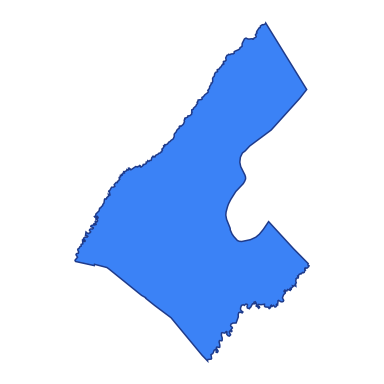 outline of San Roque, Corrientes, Argentina
{"feature_id": "61730980B67401199188792", "entity_name": "San Roque", "entity_type": "district", "adm_level": 2, "iso_a3": "ARG", "parent_name": "Argentina", "parent_adm1": "Corrientes", "projection": "equal_earth", "projection_center": [-58.642, -28.676], "detail": "fine", "context": "isolated", "style": "filled", "palette": "blue", "viewbox_px": 384, "rotation_deg": 0, "n_neighbors": 0, "source": "geoboundaries", "source_scale": "gbopen_adm2", "svg_char_len": 5978}
<svg xmlns="http://www.w3.org/2000/svg" viewBox="0 0 384 384"><path d="M265.7,23.0L265.4,23.9L263.6,24.7L262.3,24.7L260.4,26.0L260.2,27.6L259.2,27.8L257.1,30.9L256.5,32.2L256.9,32.6L256.8,33.3L255.6,34.4L255.4,34.9L256.2,36.4L255.9,37.2L253.9,38.2L253.5,39.1L252.7,39.2L252.5,38.8L251.4,38.8L248.8,39.1L247.1,38.7L246.5,38.2L245.6,38.2L244.4,39.0L242.2,43.4L242.0,46.5L240.0,47.6L239.9,48.6L238.7,49.6L234.8,51.3L234.1,51.9L234.2,53.2L233.3,53.8L231.0,54.0L230.0,54.7L228.6,54.3L227.7,55.2L226.9,55.4L225.7,57.9L226.1,59.9L225.9,60.5L224.7,61.4L224.0,61.2L223.3,61.9L223.8,63.9L222.9,64.0L222.9,64.6L222.1,64.9L221.0,66.9L220.3,67.2L219.0,69.1L217.4,69.6L217.1,70.0L217.6,71.1L217.5,71.7L215.5,72.4L214.7,73.8L214.2,76.4L213.2,77.2L212.6,78.4L212.7,81.6L211.8,83.2L211.2,83.1L211.1,84.3L209.6,86.6L209.5,88.3L207.8,90.4L208.2,90.9L208.0,92.4L204.8,94.8L203.3,96.8L202.2,97.2L201.9,97.7L202.2,99.0L201.6,99.5L198.1,100.0L197.9,101.2L197.1,102.3L197.6,102.8L197.5,103.6L196.5,104.5L196.0,105.9L193.5,108.2L193.2,109.3L191.8,109.8L191.7,111.2L192.1,112.3L191.6,112.8L191.7,114.1L189.9,115.7L187.9,115.9L187.6,117.2L184.8,118.2L184.7,118.8L184.9,119.3L184.4,119.7L184.2,120.8L184.5,121.6L183.3,124.3L181.0,126.3L180.6,126.5L180.1,125.9L179.3,126.4L179.1,128.4L178.3,128.7L176.9,130.1L176.1,132.0L174.5,133.7L174.2,134.4L174.2,136.6L173.1,139.0L171.1,140.3L169.9,141.6L168.8,142.1L167.5,144.0L166.0,144.7L164.9,144.6L164.8,145.6L164.2,145.4L163.6,145.8L164.0,146.6L162.7,148.6L161.9,149.1L162.4,150.5L161.6,151.2L161.6,151.9L160.7,152.2L159.9,153.2L158.9,153.2L158.0,154.2L155.7,155.3L154.9,156.9L154.0,156.4L153.7,156.9L152.9,156.3L151.7,157.9L151.3,160.0L151.0,160.4L150.0,160.4L148.9,161.4L147.8,160.6L147.3,161.8L146.1,162.2L146.4,163.1L146.0,163.7L144.0,164.6L143.3,164.4L143.1,164.7L143.2,165.3L141.5,166.9L140.7,167.0L140.1,165.6L139.7,165.4L139.1,165.9L138.9,166.5L137.6,166.6L137.2,167.0L135.8,166.5L131.1,169.7L130.5,169.7L130.0,168.7L129.4,168.6L129.0,168.0L128.5,168.2L128.9,169.0L128.8,169.5L128.2,170.0L126.9,169.5L126.8,170.5L124.9,171.6L123.8,171.6L124.3,173.0L123.1,173.0L122.5,174.2L121.6,174.4L122.0,175.3L121.5,175.6L120.4,175.4L120.4,176.9L119.4,177.2L119.1,177.8L119.7,179.1L119.3,179.2L118.9,180.5L117.5,181.4L117.4,182.6L116.1,182.5L114.2,184.6L114.8,186.5L113.2,187.2L111.6,187.2L109.5,190.9L108.9,190.9L108.7,191.5L109.5,192.5L110.0,195.0L109.4,195.3L108.4,194.4L108.6,196.0L108.4,196.5L107.7,196.7L106.7,197.7L106.7,198.6L106.1,199.1L105.0,198.8L104.5,199.3L104.0,202.9L102.9,204.4L102.6,205.7L101.4,206.6L100.8,207.7L99.6,208.2L99.1,210.8L95.9,214.0L95.6,216.0L94.4,216.5L94.8,217.1L96.7,217.3L96.7,216.7L97.2,216.3L98.1,217.3L98.0,218.0L97.6,218.3L96.8,218.2L95.8,218.8L96.0,219.4L97.2,219.7L97.6,220.9L96.9,221.9L96.4,222.0L95.6,221.1L95.2,221.4L96.1,224.5L94.7,224.9L94.6,223.5L94.0,223.6L93.4,225.0L91.5,225.5L90.8,226.1L90.8,226.6L93.3,227.7L93.3,228.3L92.6,229.0L90.8,228.9L89.8,229.4L89.4,230.2L89.6,230.8L90.6,231.5L90.5,232.3L89.9,232.8L89.1,233.0L88.8,233.5L87.8,233.5L86.0,232.0L85.5,235.5L86.3,235.4L87.8,236.3L87.2,237.1L84.9,237.3L83.8,238.0L83.5,238.5L83.8,239.2L85.1,240.4L85.0,241.4L84.0,241.5L83.0,239.7L82.5,239.9L82.8,243.8L81.1,244.4L81.2,246.1L80.0,246.6L79.0,248.4L78.0,248.9L77.7,249.8L78.5,251.6L78.5,252.8L78.2,253.3L76.7,253.6L76.2,254.1L76.0,254.8L77.6,257.2L75.0,260.2L75.2,260.9L75.6,261.5L94.3,265.6L94.5,264.3L106.9,267.5L109.1,269.1L141.6,295.4L145.7,297.7L145.6,298.2L154.7,305.5L171.0,317.7L202.2,355.4L207.6,361.0L207.5,360.2L207.9,359.5L211.2,359.1L211.6,358.4L211.0,354.6L212.6,353.7L213.2,352.8L214.2,350.2L216.1,349.2L216.2,352.3L217.3,352.5L217.7,352.0L218.1,351.0L216.3,348.1L216.6,347.2L217.1,347.0L219.3,347.5L219.8,347.1L219.8,345.0L219.1,342.0L219.2,341.2L219.5,340.6L221.8,340.8L222.2,340.2L222.2,337.9L221.4,335.5L221.5,333.1L222.1,332.6L224.6,333.1L225.4,332.8L225.9,331.8L226.4,331.5L226.9,331.8L226.8,334.4L228.2,335.8L229.4,336.1L230.6,334.8L229.5,332.7L229.3,331.7L230.1,330.8L230.7,331.0L231.2,331.7L231.8,331.5L231.9,330.9L231.0,329.6L232.4,328.0L232.2,327.3L230.9,326.3L230.6,325.5L231.0,324.1L232.9,323.1L236.1,323.0L238.3,316.9L238.2,314.4L238.8,312.6L240.1,312.2L242.2,312.9L242.9,312.0L241.0,310.5L240.5,309.2L240.6,307.8L241.5,305.4L243.3,304.7L244.3,305.4L245.8,304.1L246.9,304.2L247.5,304.8L247.0,306.6L247.4,308.0L249.4,308.7L249.7,307.9L250.5,307.5L252.5,303.8L254.1,303.9L254.7,303.6L253.9,303.1L253.9,302.3L255.2,301.7L255.8,302.5L256.4,304.0L256.2,306.2L257.5,306.7L258.7,308.3L259.6,307.5L259.3,306.6L257.9,305.8L257.8,305.1L258.2,304.4L261.1,304.7L264.5,304.2L264.5,306.1L265.2,306.9L268.8,307.3L268.8,308.1L269.2,308.6L270.3,307.8L270.7,305.6L271.3,305.1L271.6,305.5L271.5,306.4L271.9,306.6L273.5,305.4L274.9,307.0L275.7,306.9L276.6,305.9L276.3,304.8L276.5,304.3L277.6,304.9L278.1,300.6L278.7,300.4L280.8,301.7L282.0,301.9L283.3,301.4L283.7,300.3L282.6,298.3L282.5,297.5L283.7,294.6L285.2,293.2L285.3,292.5L284.1,291.6L284.0,291.1L284.3,290.8L285.2,291.5L285.1,290.2L286.8,291.0L287.6,289.5L289.1,290.0L289.8,289.0L289.8,290.2L290.3,290.4L290.7,289.5L291.2,289.4L291.5,287.9L292.8,286.8L292.5,285.7L293.8,286.1L294.5,285.3L295.8,286.2L295.5,283.6L296.3,282.9L295.7,280.9L296.1,279.4L296.0,278.7L296.9,278.0L298.0,278.1L298.5,276.9L297.7,276.4L297.6,275.9L298.5,275.5L299.3,274.2L300.2,274.1L300.5,273.6L301.4,273.8L302.4,272.5L303.3,272.8L304.2,272.4L304.7,270.9L305.4,270.2L304.7,269.5L304.8,268.3L305.1,268.0L305.4,268.6L306.3,268.0L307.1,268.1L308.7,266.6L309.0,265.8L308.3,265.6L307.9,264.5L308.2,263.6L293.5,248.7L268.6,221.6L263.4,229.3L259.4,234.2L255.8,237.2L250.4,239.7L241.7,241.5L239.3,241.3L237.4,240.5L233.7,236.4L232.0,233.9L230.3,230.0L230.1,228.1L226.6,219.4L225.8,215.1L226.1,211.9L227.6,206.4L228.6,203.7L230.8,199.4L235.8,191.5L243.3,183.6L244.7,181.2L245.6,178.9L245.5,176.9L244.9,175.0L240.7,166.6L239.8,162.2L240.4,157.2L242.4,153.0L245.2,150.9L249.7,146.0L271.2,130.0L299.9,98.2L306.7,89.5L265.7,23.0Z" fill="#3b82f6" stroke="#1e3a8a" stroke-width="1.5"/></svg>